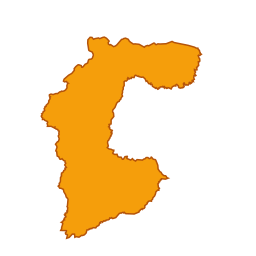 Morales, Cauca, Colombia (Robinson projection), rotated 78°
{"feature_id": "7082276B40499260653390", "entity_name": "Morales", "entity_type": "district", "adm_level": 2, "iso_a3": "COL", "parent_name": "Colombia", "parent_adm1": "Cauca", "projection": "robinson", "projection_center": [-76.755, 2.844], "detail": "fine", "context": "isolated", "style": "filled", "palette": "amber", "viewbox_px": 256, "rotation_deg": 78, "n_neighbors": 0, "source": "geoboundaries", "source_scale": "gbopen_adm2", "svg_char_len": 5805}
<svg xmlns="http://www.w3.org/2000/svg" viewBox="0 0 256 256"><g transform="rotate(78 128 128)"><path d="M185.4,99.2L184.6,100.4L183.3,100.6L182.5,101.3L182.0,102.9L180.1,104.3L178.2,104.9L177.3,105.9L174.4,107.1L170.6,106.6L165.3,107.5L164.6,107.9L163.8,109.8L161.5,111.0L161.3,111.3L162.0,111.8L162.4,113.3L162.2,113.8L161.0,114.7L160.7,116.4L161.7,117.9L161.7,119.1L162.4,120.5L160.8,125.7L161.9,127.5L160.2,129.4L158.9,130.0L159.9,132.0L157.7,135.3L157.0,135.5L156.0,134.6L155.5,134.7L155.4,136.9L157.5,138.9L157.4,140.0L155.1,140.8L154.7,142.6L154.0,143.8L151.4,144.2L151.1,146.5L149.8,148.1L149.1,148.0L147.6,146.7L146.7,146.5L146.5,147.5L145.2,149.1L144.7,150.7L142.9,152.4L141.5,151.0L138.2,151.1L136.5,150.5L135.8,149.3L135.0,148.9L134.4,148.0L133.5,147.7L132.4,146.4L131.7,146.5L131.4,145.7L129.6,144.6L129.2,144.8L129.2,145.5L128.6,145.5L127.4,143.9L126.8,144.1L126.4,145.1L124.8,146.2L123.6,145.8L122.8,146.7L121.9,145.5L120.6,145.8L120.5,143.7L116.5,142.8L113.8,139.5L110.4,139.1L109.1,139.7L107.3,139.2L105.2,136.5L101.4,133.9L100.4,132.6L100.1,131.1L98.9,130.3L98.5,129.2L96.9,128.3L95.7,126.7L94.0,127.0L92.0,125.9L90.5,125.7L88.9,124.5L87.3,124.3L85.7,122.9L81.9,122.2L81.3,120.9L81.7,119.9L80.5,118.0L79.7,118.3L78.8,117.6L80.3,116.3L79.9,115.5L80.2,114.5L79.2,114.1L79.9,111.6L78.1,110.3L78.0,109.4L79.3,108.0L79.5,106.8L80.0,106.7L81.2,104.2L81.3,102.7L83.4,101.1L86.1,100.6L85.8,99.7L88.9,98.5L89.3,97.9L88.9,96.4L90.2,96.7L90.4,95.4L92.3,95.4L94.9,92.7L94.4,92.1L96.3,90.8L96.1,90.0L95.3,89.8L95.5,88.8L94.5,87.9L94.8,86.5L94.5,85.7L95.2,85.3L94.8,84.7L95.0,83.7L95.6,83.6L96.0,84.2L96.5,84.1L96.0,83.4L97.0,82.3L96.7,81.7L97.3,81.6L97.0,79.9L98.8,77.7L97.2,76.4L96.7,75.4L96.4,74.3L96.8,72.6L95.9,72.6L95.9,71.7L95.5,71.2L97.3,70.0L98.2,70.1L99.2,69.7L99.9,68.5L99.8,67.6L100.1,66.8L99.6,66.1L99.9,65.3L99.0,64.4L96.4,64.7L95.7,64.2L95.7,63.6L97.3,63.3L98.2,62.4L97.7,61.7L98.6,60.4L97.5,58.9L96.8,59.0L96.2,58.6L96.2,58.1L97.4,57.7L96.8,57.2L97.3,56.6L96.4,55.6L95.2,55.4L96.0,54.4L94.7,54.5L94.2,53.0L92.6,53.3L90.6,52.6L91.0,51.1L90.7,50.6L89.0,51.7L87.3,50.3L85.9,51.0L84.6,50.8L85.4,49.7L85.4,48.4L82.9,48.3L82.7,47.3L82.0,46.8L81.6,45.9L77.8,45.4L78.0,44.4L77.4,43.8L75.1,43.5L74.6,43.9L71.7,44.3L71.4,43.8L71.9,42.6L71.1,40.9L69.9,42.0L69.1,41.7L68.4,42.1L67.0,42.0L65.5,43.0L64.5,43.0L64.0,44.7L62.8,46.1L59.7,51.9L54.0,65.1L52.5,66.9L53.5,73.2L52.5,79.3L51.9,81.3L52.3,82.9L52.1,83.6L50.6,84.4L50.3,85.1L51.9,90.6L51.3,91.7L51.6,94.1L52.4,95.2L48.4,99.8L47.2,103.6L47.0,105.3L44.6,107.7L43.2,108.7L41.3,109.3L39.6,111.7L39.6,113.7L40.1,114.7L40.0,115.9L44.3,121.5L45.2,123.3L45.4,125.2L42.8,127.7L43.0,128.5L41.8,129.7L40.2,129.6L39.3,128.5L38.8,128.5L35.7,130.4L34.2,132.2L34.1,133.6L34.7,137.1L33.8,138.1L33.7,141.7L34.0,143.3L31.9,144.4L31.4,146.2L33.4,148.9L36.7,149.8L43.7,150.2L44.5,149.7L46.2,147.3L48.5,146.7L49.9,146.9L52.4,148.5L52.9,149.4L52.8,151.8L53.4,152.6L56.0,153.9L56.8,156.8L58.8,159.2L59.1,160.1L59.0,160.5L57.2,160.8L55.9,163.0L55.9,164.0L57.1,166.3L58.7,168.3L60.4,168.5L62.9,171.6L64.0,175.1L66.9,180.3L68.7,181.4L69.7,180.5L69.7,178.5L71.0,178.0L71.7,177.3L71.7,177.7L73.9,179.0L76.0,179.3L77.8,181.1L78.5,183.0L78.5,184.6L78.1,185.5L78.6,186.2L78.5,187.3L79.7,189.7L79.3,191.3L79.7,194.3L78.8,196.3L79.1,197.9L80.3,198.3L81.4,197.4L82.0,198.2L83.1,198.1L85.1,200.0L86.0,200.0L87.3,201.0L88.8,203.4L89.8,203.7L89.8,204.7L90.6,204.9L91.7,206.0L93.5,205.8L94.0,206.2L94.2,207.5L95.4,207.9L96.2,209.5L96.7,209.2L97.7,209.5L98.3,210.4L99.8,210.0L100.4,209.4L101.9,209.9L102.2,208.2L103.2,207.8L104.9,205.5L105.9,205.4L106.8,206.2L108.7,206.0L109.6,206.5L110.4,202.8L112.1,200.7L111.9,199.4L112.9,199.8L113.4,198.9L114.0,198.7L114.8,197.1L116.2,196.8L116.8,196.0L119.0,196.8L120.1,196.8L121.3,197.9L124.4,197.5L126.8,199.1L126.8,199.9L128.8,202.3L130.7,201.5L132.0,201.4L135.4,203.4L136.2,202.7L140.7,203.1L141.7,201.8L144.3,201.1L144.7,200.2L144.3,198.9L146.3,197.8L147.2,196.4L148.4,196.7L149.5,196.2L151.0,197.6L153.8,196.5L154.2,198.1L155.6,198.0L156.3,199.7L157.5,200.4L158.4,202.5L159.1,202.4L160.1,203.1L161.0,202.9L162.4,204.3L166.1,205.2L167.5,206.1L167.8,206.8L169.7,207.0L170.0,208.1L170.5,208.4L171.0,207.9L172.6,207.4L173.1,206.0L174.6,204.0L177.1,204.0L180.3,202.9L182.5,202.8L183.4,202.5L183.8,201.9L185.4,201.5L191.4,203.4L192.3,204.0L193.2,203.5L195.9,204.3L196.2,204.8L196.7,204.4L197.2,205.2L197.7,205.0L198.4,205.6L198.2,206.9L198.6,207.3L199.1,207.5L199.9,207.2L199.9,208.1L202.0,207.2L203.1,209.2L204.6,209.2L204.4,209.9L205.5,210.7L205.6,211.5L206.2,211.8L206.4,212.8L207.4,211.7L208.1,211.7L211.5,213.6L212.6,213.8L214.2,215.1L215.6,209.6L216.8,210.0L217.7,211.1L219.1,210.8L219.6,209.6L220.0,209.4L223.1,210.9L222.8,208.3L220.2,204.5L220.7,202.4L223.8,202.7L223.5,201.4L224.6,198.6L223.4,195.8L223.7,194.8L223.4,192.8L221.9,190.7L219.2,189.4L219.4,187.6L218.7,187.0L219.0,186.3L218.5,185.8L218.9,184.4L218.6,184.3L218.3,182.6L219.0,180.3L217.8,179.1L217.2,176.8L215.4,175.6L215.2,174.6L214.6,175.0L214.1,173.8L214.3,172.9L214.9,172.5L213.8,171.2L214.2,170.6L213.8,169.5L214.2,169.1L213.6,168.4L213.7,166.0L213.4,165.3L212.2,164.5L212.7,163.5L212.3,162.7L213.4,161.8L213.1,158.6L209.8,154.3L209.6,152.4L209.9,151.9L209.4,151.0L209.6,150.0L210.1,149.9L209.8,149.0L211.0,148.5L211.4,147.7L213.4,139.8L212.6,135.3L212.4,134.6L211.7,134.5L211.2,133.4L210.4,132.8L210.2,131.7L210.6,131.1L209.8,130.8L210.2,129.7L209.8,128.7L209.1,128.0L207.4,127.7L206.3,125.3L205.8,124.8L205.1,124.8L204.8,124.0L204.0,123.4L203.9,121.8L204.5,120.3L203.6,120.1L202.8,118.8L201.5,118.2L200.0,116.1L198.1,114.8L196.3,114.0L194.9,111.9L195.3,110.8L194.2,110.6L193.5,109.8L192.4,110.6L188.7,110.3L188.0,109.2L187.0,109.0L187.1,108.2L185.3,106.9L185.5,106.1L184.6,105.8L185.8,102.0L185.4,99.2Z" fill="#f59e0b" stroke="#b45309" stroke-width="1.5"/></g></svg>